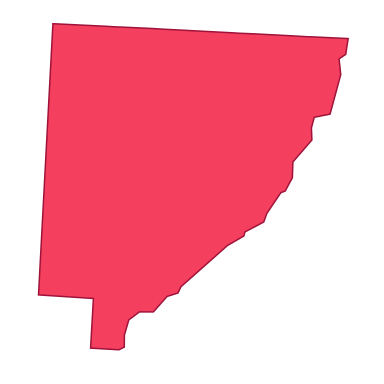 outline of Lac qui Parle, Minnesota, United States of America, rotated 93°
{"feature_id": "52423323B12319961540390", "entity_name": "Lac qui Parle", "entity_type": "district", "adm_level": 2, "iso_a3": "USA", "parent_name": "United States of America", "parent_adm1": "Minnesota", "projection": "mercator", "projection_center": [-96.201, 45.037], "detail": "fine", "context": "isolated", "style": "filled", "palette": "rose", "viewbox_px": 384, "rotation_deg": 93, "n_neighbors": 0, "source": "geoboundaries", "source_scale": "gbopen_adm2", "svg_char_len": 698}
<svg xmlns="http://www.w3.org/2000/svg" viewBox="0 0 384 384"><g transform="rotate(93 192 192)"><path d="M31.2,339.7L302.8,339.9L303.5,284.9L353.2,285.1L353.4,256.7L350.4,251.5L338.4,252.0L323.0,248.4L314.5,238.3L313.8,224.3L297.6,211.4L293.6,200.7L287.2,198.1L243.6,153.8L233.2,137.9L229.1,137.0L218.2,118.8L209.4,116.1L188.0,103.2L186.2,99.0L172.5,92.5L156.7,92.8L133.8,75.0L121.7,76.1L111.0,73.8L107.0,58.2L67.0,49.6L51.3,52.1L46.5,45.7L30.6,44.1L30.8,82.5L30.9,85.2L30.9,86.3L30.8,102.0L30.8,136.8L30.8,137.7L31.0,155.3L30.9,156.1L30.9,183.1L30.9,184.0L30.9,189.0L30.9,230.3L30.8,239.7L31.0,272.9L31.1,275.4L31.0,286.0L31.2,339.7Z" fill="#f43f5e" stroke="#9f1239" stroke-width="1.5"/></g></svg>